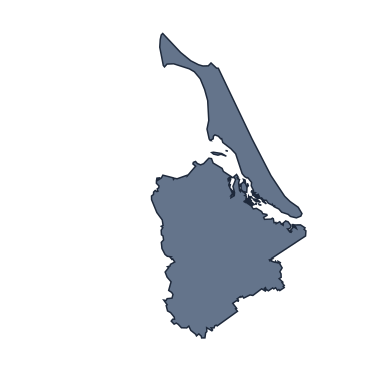 the district of Fraser Coast, Queensland, Australia, rotated 315°
{"feature_id": "25037944B97488266373518", "entity_name": "Fraser Coast", "entity_type": "district", "adm_level": 2, "iso_a3": "AUS", "parent_name": "Australia", "parent_adm1": "Queensland", "projection": "equal_earth", "projection_center": [152.962, -25.342], "detail": "fine", "context": "isolated", "style": "filled", "palette": "slate", "viewbox_px": 384, "rotation_deg": 315, "n_neighbors": 0, "source": "geoboundaries", "source_scale": "gbopen_adm2", "svg_char_len": 6165}
<svg xmlns="http://www.w3.org/2000/svg" viewBox="0 0 384 384"><g transform="rotate(315 192 192)"><path d="M130.8,210.7L128.8,217.0L129.1,220.0L131.3,222.9L130.4,222.7L130.1,225.5L131.0,225.7L130.3,229.3L125.6,227.9L124.2,228.8L121.8,227.5L122.0,229.0L116.4,229.6L114.2,234.6L113.7,240.7L105.9,245.1L106.6,248.6L106.1,251.0L102.8,252.9L99.0,249.8L96.9,250.4L95.6,248.5L94.7,254.2L93.4,254.1L90.6,258.8L91.6,262.1L91.0,267.8L89.7,269.6L88.4,268.3L86.0,268.6L85.9,272.8L88.2,273.6L88.7,275.8L88.5,280.5L92.2,284.4L94.9,284.6L93.3,289.0L94.0,295.2L93.4,296.9L96.5,297.2L96.6,300.5L95.6,302.0L98.0,304.3L102.1,301.2L103.8,301.2L106.4,298.3L107.9,304.2L109.0,304.1L109.5,301.6L111.5,303.7L113.6,302.7L115.0,303.3L115.1,304.5L139.8,308.5L140.2,305.4L141.3,305.8L142.1,299.5L146.6,300.3L147.5,301.9L148.4,301.4L148.4,299.5L152.2,300.1L152.1,301.0L153.9,301.3L153.6,303.6L160.2,305.8L161.9,308.2L172.8,309.7L173.8,313.9L174.7,313.8L175.0,311.4L176.3,311.6L175.6,312.9L176.1,315.9L181.2,316.9L181.3,318.4L183.4,318.8L182.9,322.1L184.5,322.4L184.4,323.8L189.6,324.8L189.8,323.2L191.1,323.4L191.6,319.7L192.5,319.9L192.3,314.9L194.7,315.4L197.1,312.8L197.7,310.5L202.1,309.4L203.3,304.7L204.5,304.4L203.8,301.8L202.7,303.0L201.8,301.5L202.1,300.0L200.9,300.4L199.4,297.4L200.3,296.2L198.4,295.9L198.7,294.7L202.1,296.3L202.0,295.3L241.2,303.4L245.1,300.0L244.9,297.6L246.6,297.3L245.5,292.0L240.6,287.2L240.8,288.2L239.8,288.6L240.7,289.7L240.0,291.6L239.3,288.5L234.0,288.7L234.8,290.3L233.5,290.6L232.9,289.6L233.4,285.6L235.0,286.9L237.2,286.7L238.3,285.3L238.9,280.9L237.8,279.0L238.5,278.8L232.8,278.3L233.7,279.4L232.9,280.0L232.6,278.3L233.0,275.1L229.1,273.9L229.8,272.9L228.3,271.7L230.6,268.4L230.3,267.3L228.9,267.2L223.9,262.6L224.7,260.6L228.5,261.6L229.0,260.8L226.7,257.3L227.4,255.0L226.0,249.1L223.4,247.3L224.0,243.6L223.2,239.0L223.2,238.7L223.7,238.0L223.8,237.4L222.6,237.5L222.6,236.0L221.4,235.8L222.7,235.4L223.4,236.4L227.6,233.4L226.8,231.8L228.4,231.9L228.7,230.9L227.7,225.0L226.6,225.8L226.7,224.6L231.3,218.6L234.4,216.8L233.6,214.9L234.6,214.9L234.2,213.8L235.3,213.7L235.9,211.1L232.5,210.8L231.5,214.1L224.9,217.0L221.7,222.5L219.3,224.5L215.5,223.6L217.5,222.0L219.6,221.7L222.8,213.2L228.5,210.3L228.3,209.4L225.6,209.8L226.7,208.1L228.7,208.1L231.0,210.6L228.7,199.7L230.0,196.6L227.4,186.5L229.4,182.2L227.8,180.0L220.3,180.2L217.3,178.9L215.9,175.7L216.1,172.9L213.9,172.0L212.5,172.8L212.8,176.3L199.9,177.3L200.4,176.7L190.8,172.1L188.9,169.2L188.3,170.0L187.8,170.0L188.7,168.6L183.3,159.5L180.3,160.4L174.6,159.2L173.0,160.6L172.9,164.4L171.5,165.5L169.6,165.2L168.4,167.4L167.4,166.8L167.1,164.9L164.8,164.9L163.0,166.5L160.5,166.2L158.0,168.8L152.6,181.7L151.2,190.7L147.9,195.2L146.0,194.5L146.1,196.6L143.2,197.2L140.2,200.6L140.4,202.6L138.0,205.8L134.7,205.9L130.8,210.7ZM250.1,189.0L249.9,195.9L240.5,214.4L240.1,218.3L240.8,220.9L241.3,220.9L241.6,221.6L240.9,227.3L238.3,229.5L236.6,234.3L235.1,235.5L236.4,237.3L234.9,237.4L234.9,240.4L235.2,240.1L235.1,239.6L235.3,239.4L236.2,240.0L235.4,240.5L235.2,239.5L235.2,240.1L234.6,241.5L233.7,242.5L235.3,244.2L235.3,242.2L235.8,243.2L236.2,241.0L236.3,241.1L236.8,240.6L237.1,240.6L235.7,244.5L237.1,245.4L236.8,248.3L238.7,250.5L238.0,253.7L239.5,258.2L240.0,257.8L239.6,259.9L240.6,260.2L239.9,261.2L241.4,265.4L241.1,269.6L244.2,275.8L244.3,278.8L247.5,284.1L251.9,286.0L254.5,285.0L256.3,277.9L254.6,268.1L254.5,260.5L259.4,236.2L272.0,196.8L298.1,123.1L296.9,121.7L296.7,114.2L292.7,114.3L288.8,110.6L286.6,106.6L283.9,98.3L282.6,85.3L283.4,59.2L281.3,59.2L277.4,61.7L271.6,66.8L261.2,82.2L261.0,84.1L264.8,83.9L269.7,88.4L277.2,103.0L278.7,108.7L277.9,117.8L273.4,128.5L267.7,138.5L254.4,153.3L247.1,158.1L241.6,166.7L241.3,168.5L241.9,169.2L242.0,168.4L244.5,169.4L246.6,167.7L248.6,167.8L250.1,171.2L249.9,174.8L250.7,175.2L248.8,178.8L250.1,189.0ZM228.5,227.8L230.5,230.9L234.1,227.7L235.8,223.8L235.2,221.2L232.3,221.1L228.6,224.8L228.5,227.8ZM240.2,185.8L235.3,179.0L233.8,178.0L234.0,180.4L236.4,184.3L239.2,185.8L241.6,191.0L240.2,185.8ZM234.3,241.6L234.8,240.3L234.7,236.5L234.3,237.3L233.0,237.7L233.3,241.4L233.9,241.9L233.9,240.9L234.0,240.8L234.2,240.6L234.3,241.6ZM225.4,241.7L225.9,244.3L227.2,244.9L227.1,241.0L225.4,241.7ZM235.3,248.7L236.2,253.0L236.6,248.8L235.3,248.7ZM175.4,158.5L178.2,159.6L179.0,159.0L177.0,157.4L175.4,158.5ZM236.6,223.0L238.0,221.0L237.3,219.4L236.2,221.5L236.6,223.0ZM233.1,247.7L233.0,244.2L232.0,242.6L231.7,245.2L233.1,247.7ZM225.6,239.1L225.9,240.0L227.8,239.6L227.0,237.2L225.6,239.1ZM230.9,245.0L231.5,241.7L230.4,240.1L230.1,242.3L230.9,245.0ZM235.9,245.1L235.9,248.1L236.9,246.3L235.9,245.1ZM224.7,237.6L223.2,239.2L224.7,240.3L224.7,237.6ZM229.1,235.1L227.5,236.5L228.2,237.9L229.1,235.1ZM226.9,235.2L225.1,237.0L226.4,236.8L226.9,235.2ZM237.4,225.0L235.3,227.5L236.3,227.4L237.4,225.0ZM231.7,250.4L230.7,247.8L230.5,248.3L230.6,248.9L231.7,250.4ZM234.8,234.8L233.6,236.6L233.4,237.3L234.3,237.2L234.8,234.8ZM223.5,213.1L223.0,214.7L224.3,213.9L223.5,213.1ZM220.5,222.2L221.4,220.7L221.5,218.8L220.7,220.0L220.5,222.2ZM230.4,238.5L230.6,237.0L230.0,236.6L229.5,237.8L230.4,238.5ZM239.9,286.0L239.0,287.2L240.7,286.9L240.4,286.4L239.9,286.0ZM217.6,222.2L218.7,222.9L219.1,222.2L217.6,222.2ZM225.2,237.4L225.3,238.7L226.2,237.2L225.2,237.4ZM219.0,223.0L220.2,222.4L220.4,221.2L219.3,222.3L219.0,223.0ZM235.8,233.2L234.1,233.8L233.6,234.4L235.8,233.2ZM223.2,236.8L224.0,237.2L224.4,236.3L223.2,236.8ZM229.8,222.5L230.7,221.9L231.0,221.1L230.5,221.4L229.8,222.5ZM229.0,245.2L229.2,246.0L229.3,244.6L229.0,245.2ZM245.1,186.3L245.5,187.4L246.3,188.5L245.1,186.3ZM223.7,241.5L224.1,242.0L224.1,240.5L223.7,241.5ZM233.1,236.7L233.5,236.6L233.4,236.2L233.1,236.7ZM224.1,240.5L224.5,241.3L224.5,240.5L224.1,240.5ZM224.7,237.4L224.4,236.9L224.0,237.5L224.7,237.4ZM225.1,242.6L224.8,243.5L224.9,244.0L225.2,243.7L225.1,242.6ZM229.0,246.7L228.9,245.8L228.7,245.8L229.0,246.7ZM235.0,236.8L235.5,237.0L234.9,236.3L235.0,236.8ZM224.3,242.5L224.6,243.7L224.5,242.2L224.3,242.5ZM224.7,239.6L225.0,239.7L224.9,239.1L224.7,239.6ZM227.8,240.0L227.7,239.8L227.1,240.2L227.8,240.0Z" fill="#64748b" stroke="#1e293b" stroke-width="1.5"/></g></svg>